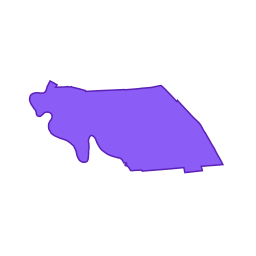 Maia, Ialomita, Romania, rotated 213°
{"feature_id": "2599482B2212352130600", "entity_name": "Maia", "entity_type": "district", "adm_level": 2, "iso_a3": "ROU", "parent_name": "Romania", "parent_adm1": "Ialomita", "projection": "robinson", "projection_center": [26.407, 44.741], "detail": "fine", "context": "isolated", "style": "filled", "palette": "violet", "viewbox_px": 256, "rotation_deg": 213, "n_neighbors": 0, "source": "geoboundaries", "source_scale": "gbopen_adm2", "svg_char_len": 3275}
<svg xmlns="http://www.w3.org/2000/svg" viewBox="0 0 256 256"><g transform="rotate(213 128 128)"><path d="M123.5,181.6L126.3,178.9L129.5,175.7L132.0,173.5L132.9,172.8L138.0,168.9L141.8,165.7L151.2,158.5L151.5,158.5L152.3,158.0L157.9,154.0L164.0,149.6L166.2,148.1L168.7,146.3L172.2,143.8L176.6,140.6L183.5,135.6L184.1,136.2L189.2,134.6L192.0,133.7L192.6,133.4L194.2,132.9L195.6,132.4L196.6,131.9L198.0,131.9L198.9,130.9L199.8,130.2L201.0,130.0L203.0,128.3L204.7,127.0L206.8,125.7L210.9,122.8L211.0,125.6L219.0,125.0L219.0,124.6L218.6,121.4L218.4,119.1L217.6,116.6L217.3,115.1L217.0,113.8L217.2,113.2L217.7,111.6L218.9,110.5L220.7,109.5L222.3,108.7L223.6,107.9L224.9,107.0L225.8,106.0L226.8,104.8L226.9,104.4L227.3,103.4L227.5,102.4L227.4,101.5L227.1,100.4L226.4,98.8L225.8,97.9L224.9,97.1L223.5,96.0L221.6,94.9L219.4,94.0L217.5,93.2L216.2,92.8L215.0,92.4L214.1,91.6L213.2,90.8L212.7,90.1L211.9,89.4L210.8,88.9L209.8,89.0L208.7,89.4L207.9,90.0L207.5,91.0L207.1,92.3L206.7,94.0L206.5,95.0L206.1,95.9L205.3,96.7L204.3,97.4L203.3,98.0L201.9,98.3L200.8,98.2L200.0,98.1L198.8,97.3L198.0,96.5L197.3,95.1L197.1,94.0L197.0,92.8L197.2,91.5L197.0,89.6L196.8,88.3L195.9,86.8L195.6,86.1L193.8,84.0L192.2,83.1L189.1,81.6L185.5,81.5L179.1,82.5L175.2,83.6L172.1,84.2L168.0,84.0L163.9,83.4L162.2,82.4L159.8,80.9L158.5,80.0L157.5,78.8L155.1,76.6L153.2,75.5L152.0,74.7L150.4,74.4L148.6,74.4L147.3,74.7L146.5,75.1L145.5,75.8L144.4,77.1L144.2,77.6L144.2,78.7L144.5,80.2L145.5,82.1L147.0,84.9L147.8,86.1L148.5,87.2L149.0,88.2L149.7,89.7L150.3,90.8L151.3,92.2L151.8,92.8L153.1,94.4L154.2,95.7L154.8,96.9L155.3,99.2L155.3,100.0L155.2,100.9L154.9,101.6L154.1,102.1L153.3,102.2L151.8,102.1L150.3,101.6L149.4,101.2L147.8,100.1L146.1,98.8L142.7,97.0L140.0,95.8L138.6,95.4L137.5,95.2L135.1,95.0L131.9,94.9L130.7,94.9L127.7,95.4L125.9,95.8L123.7,96.4L122.7,96.8L120.5,97.5L119.8,97.6L119.8,98.0L118.2,98.4L115.9,98.2L114.0,97.3L113.1,96.9L112.7,96.6L112.4,96.4L110.4,97.9L109.8,97.3L110.1,96.3L110.4,95.4L109.8,95.0L108.9,95.4L108.3,96.1L107.5,95.6L106.2,95.4L105.9,95.3L104.7,94.8L103.8,94.3L102.9,93.9L102.4,93.8L102.2,94.0L101.7,94.2L98.2,96.9L97.5,97.4L96.7,98.0L95.3,98.9L94.1,99.9L93.8,100.1L93.2,99.8L92.6,99.6L69.1,117.7L63.4,122.2L59.6,125.2L56.0,121.6L42.4,132.7L45.7,135.8L38.0,141.7L37.5,142.0L34.7,144.2L31.7,146.5L30.8,147.2L30.7,147.3L29.6,148.2L28.9,148.7L28.5,149.0L30.2,150.0L31.4,150.7L33.4,151.8L35.6,152.9L38.0,154.1L38.5,154.4L39.1,154.7L39.7,155.0L40.2,155.3L40.7,155.6L41.4,156.0L41.9,156.3L42.3,156.5L42.7,156.8L43.4,157.2L44.1,157.6L44.4,157.7L44.9,158.0L45.3,158.2L45.4,158.3L45.9,158.5L46.0,158.5L47.2,159.1L48.1,159.6L49.0,160.0L49.8,160.4L50.4,160.7L51.1,161.1L52.1,161.6L52.7,161.9L53.4,162.3L54.7,163.0L56.1,163.7L56.4,163.8L57.3,164.3L57.9,164.6L58.6,165.0L59.2,165.3L59.8,165.6L60.1,165.7L60.7,166.1L61.8,166.4L63.5,167.2L65.3,168.3L66.1,168.7L68.6,170.0L70.1,170.6L70.3,170.7L71.7,171.1L72.1,171.2L72.7,171.3L74.9,171.7L75.4,171.8L76.6,172.0L79.7,172.6L87.1,174.5L89.0,174.9L90.3,175.3L91.0,175.4L91.7,175.6L92.4,175.8L93.7,176.1L94.4,176.3L95.7,176.6L97.2,177.0L101.1,178.0L101.6,178.2L101.6,177.6L101.7,177.1L101.7,176.7L102.1,176.8L103.8,177.3L107.3,178.2L109.1,178.7L118.3,180.8L120.8,181.3L123.5,181.6Z" fill="#8b5cf6" stroke="#5b21b6" stroke-width="1.5"/></g></svg>